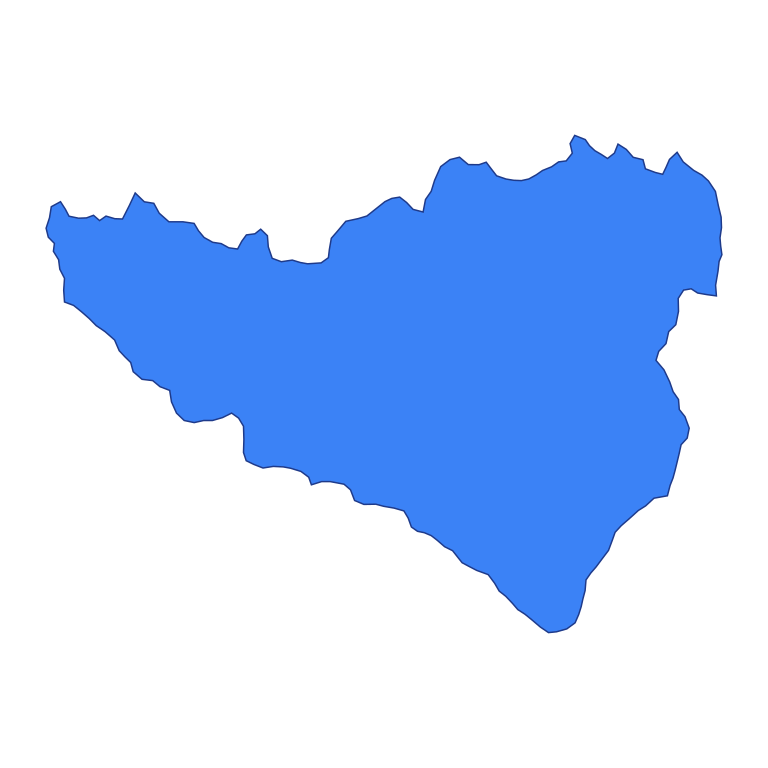 the district of Santa Rita de Ibitipoca, Minas Gerais, Brazil
{"feature_id": "56859067B41589196819428", "entity_name": "Santa Rita de Ibitipoca", "entity_type": "district", "adm_level": 2, "iso_a3": "BRA", "parent_name": "Brazil", "parent_adm1": "Minas Gerais", "projection": "orthographic", "projection_center": [-43.938, -21.59], "detail": "fine", "context": "isolated", "style": "filled", "palette": "blue", "viewbox_px": 768, "rotation_deg": 0, "n_neighbors": 0, "source": "geoboundaries", "source_scale": "gbopen_adm2", "svg_char_len": 2858}
<svg xmlns="http://www.w3.org/2000/svg" viewBox="0 0 768 768"><path d="M693.7,170.4L683.2,161.9L677.1,152.3L669.5,159.4L666.1,167.2L662.7,174.3L655.4,172.5L645.4,168.8L643.0,159.7L633.2,157.3L626.3,149.4L618.0,144.1L614.4,153.1L607.5,158.5L601.4,154.5L594.9,150.7L589.5,145.7L585.3,139.6L574.7,135.4L570.1,143.6L572.3,153.2L566.2,160.9L558.6,161.9L551.6,166.8L542.5,170.5L536.3,174.8L528.7,179.0L521.4,180.6L513.8,180.3L505.9,179.0L496.6,175.8L490.5,167.9L486.2,162.2L479.0,164.7L468.3,164.6L459.5,157.2L450.0,159.6L440.7,166.6L434.6,180.3L431.2,191.3L425.5,199.5L423.1,212.0L413.1,209.4L406.6,202.5L399.7,197.1L391.8,198.4L385.0,201.6L377.2,207.8L366.9,216.0L358.2,218.6L345.8,221.3L337.9,230.7L331.3,238.3L329.4,249.3L328.4,257.7L321.1,262.9L307.6,263.8L300.3,262.5L292.3,260.1L281.3,261.7L272.2,258.3L268.3,246.9L267.4,235.7L260.7,229.2L254.9,233.8L246.4,234.9L241.8,241.2L237.6,249.0L228.8,247.8L221.2,243.6L212.7,242.3L204.1,237.5L198.5,230.8L194.1,223.4L182.9,221.8L168.9,221.8L159.2,213.2L153.8,203.3L144.3,201.8L135.2,193.0L129.4,205.4L122.5,219.0L114.8,218.7L106.0,216.1L99.6,220.6L93.5,215.3L86.5,217.9L78.6,218.2L69.0,216.2L65.4,209.3L60.5,201.7L51.3,206.7L49.5,217.8L46.1,228.2L48.3,237.2L54.4,243.4L53.4,251.3L58.6,259.7L59.8,269.2L64.5,278.3L63.7,290.2L64.5,302.0L73.6,305.4L81.3,311.6L89.2,318.5L96.2,325.6L105.0,331.6L114.6,340.0L119.2,350.7L124.9,356.8L130.7,362.5L133.2,371.7L142.0,379.3L152.7,380.6L160.0,386.7L169.7,390.4L171.5,401.9L176.5,413.1L184.2,420.5L194.2,422.6L203.7,420.5L212.5,420.5L222.5,417.6L231.6,413.1L238.6,418.1L243.5,426.2L243.9,439.4L243.5,452.5L246.2,460.7L253.8,464.4L263.0,468.0L273.3,466.4L283.3,466.9L290.4,468.2L300.9,471.4L308.7,477.2L311.4,484.8L321.6,481.6L330.2,481.6L337.2,482.9L344.0,484.2L350.5,489.8L354.6,500.5L363.9,504.4L375.8,504.2L383.7,506.3L394.1,508.1L403.9,510.9L408.2,518.1L411.4,527.0L417.5,531.3L424.3,532.7L431.2,535.6L437.0,540.1L444.6,546.7L452.6,550.7L457.5,556.9L462.1,562.7L469.0,566.4L476.7,570.4L488.2,574.6L494.6,583.2L499.2,591.1L505.8,596.3L512.5,603.4L517.8,609.6L524.8,614.1L531.7,619.7L540.4,627.1L548.5,632.6L556.5,631.8L566.8,628.9L575.1,622.8L578.7,614.5L581.2,606.6L582.9,598.9L585.1,590.6L586.0,579.9L590.8,573.0L596.1,566.9L601.7,559.4L608.5,550.4L612.2,540.5L615.1,532.3L621.2,525.7L630.7,517.4L638.3,510.5L645.6,505.9L654.0,498.2L667.4,495.8L670.1,485.4L673.0,478.0L675.0,470.7L677.2,461.7L679.2,453.4L681.1,444.7L687.2,438.1L689.2,428.2L685.0,416.7L679.3,409.5L678.5,399.5L673.1,391.7L669.7,381.9L664.0,369.9L656.0,360.4L658.7,351.4L666.0,343.6L668.7,331.6L675.8,324.7L678.5,311.4L678.2,298.4L683.6,290.1L691.2,288.8L697.6,293.0L706.8,294.6L716.4,295.9L715.6,285.2L718.0,271.2L719.1,261.4L721.9,254.7L720.7,246.1L720.0,237.9L721.5,227.6L721.1,217.1L718.4,205.9L715.4,191.4L708.4,180.9L702.0,175.1L693.7,170.4Z" fill="#3b82f6" stroke="#1e3a8a" stroke-width="1.5"/></svg>